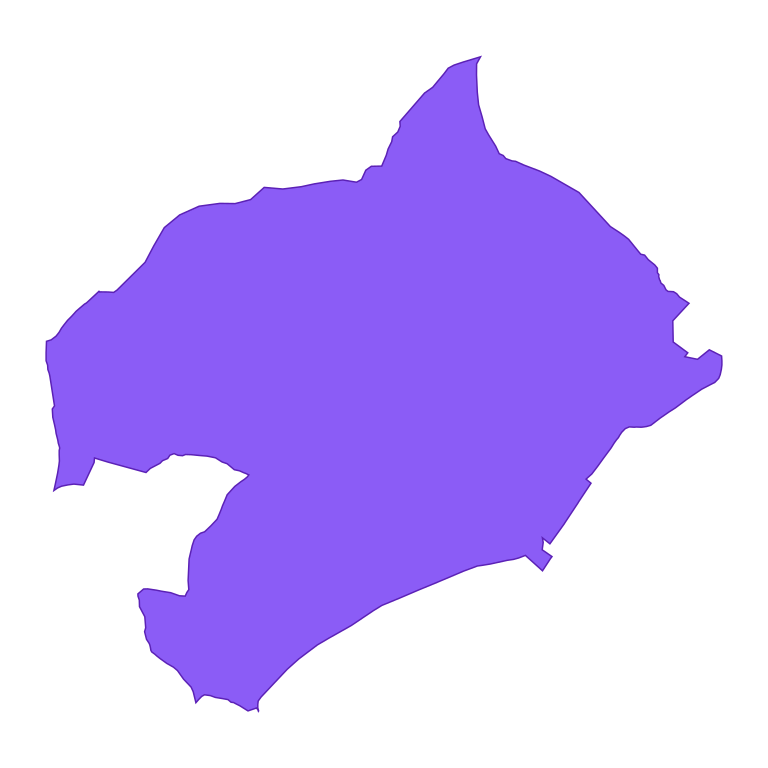 the district of San Martín Totoltepec, Puebla, Mexico
{"feature_id": "50627088B50447726374010", "entity_name": "San Martín Totoltepec", "entity_type": "district", "adm_level": 2, "iso_a3": "MEX", "parent_name": "Mexico", "parent_adm1": "Puebla", "projection": "mercator", "projection_center": [-98.357, 18.658], "detail": "fine", "context": "isolated", "style": "filled", "palette": "violet", "viewbox_px": 768, "rotation_deg": 0, "n_neighbors": 0, "source": "geoboundaries", "source_scale": "gbopen_adm2", "svg_char_len": 3688}
<svg xmlns="http://www.w3.org/2000/svg" viewBox="0 0 768 768"><path d="M258.6,710.9L257.8,707.9L257.8,704.3L258.2,701.0L261.1,697.0L273.8,683.5L287.3,669.2L298.7,659.0L317.4,644.9L329.3,637.9L351.3,625.5L373.3,610.7L381.9,605.4L400.3,597.8L419.5,589.6L437.7,582.1L463.4,571.2L477.4,566.0L481.8,565.4L490.4,564.0L507.3,560.3L513.5,559.4L518.6,558.0L525.4,555.4L542.5,570.8L550.4,558.7L552.0,556.6L551.6,556.3L542.2,549.8L543.2,542.4L542.4,537.8L549.9,543.8L550.2,543.4L564.2,523.9L564.5,523.4L564.8,522.9L578.1,502.8L578.3,502.5L578.4,502.2L591.0,483.2L586.5,479.5L586.1,479.1L588.3,477.1L591.8,474.0L597.6,466.4L603.5,458.2L605.8,455.1L611.0,448.1L614.2,443.0L616.5,439.8L618.4,437.6L619.6,435.4L621.7,432.3L625.3,428.6L629.3,426.9L634.3,427.2L636.4,427.0L641.2,427.2L643.3,427.0L646.6,426.5L650.8,425.3L660.0,418.2L669.1,411.9L675.4,407.9L686.3,399.7L692.2,395.6L696.4,392.8L701.5,389.3L709.1,385.3L714.8,382.4L718.7,378.4L720.2,374.7L721.4,369.2L721.9,364.9L721.9,360.9L721.6,356.0L709.3,349.8L697.5,359.3L684.8,356.7L687.8,352.8L673.2,342.0L672.8,320.8L689.0,303.3L679.5,297.1L676.7,293.7L673.5,291.7L670.4,291.5L668.0,291.4L666.0,289.8L665.1,288.0L663.8,285.4L660.9,283.0L660.2,280.7L659.6,279.8L658.7,276.6L658.9,274.7L657.4,272.7L657.4,268.2L654.8,265.0L648.2,259.6L644.6,255.1L640.7,254.2L637.1,249.8L628.6,239.3L624.4,236.0L620.2,233.0L610.3,226.5L579.0,192.5L551.0,176.4L539.5,171.0L523.5,164.9L515.6,161.3L512.0,160.9L505.8,158.6L503.2,155.5L499.2,153.7L495.7,146.2L488.7,135.0L485.2,128.8L482.1,116.8L478.6,104.8L477.3,92.3L476.5,75.0L476.6,63.9L480.5,56.8L463.3,62.0L454.0,65.1L448.2,68.2L443.8,74.0L437.5,81.5L432.7,87.3L424.6,93.0L399.9,121.5L400.2,126.3L397.8,132.0L392.6,136.8L391.7,141.7L388.1,149.0L386.3,155.2L381.7,166.1L371.3,166.3L365.8,170.2L361.6,179.5L356.5,182.2L343.0,180.0L330.4,181.3L314.2,183.9L301.3,186.7L282.8,189.0L264.2,187.4L250.6,199.6L235.1,203.6L219.8,203.4L199.1,206.2L179.7,214.9L164.3,227.6L153.7,246.0L145.1,262.3L117.0,290.1L113.7,292.4L108.0,292.0L100.4,291.9L99.9,292.1L99.0,291.3L86.4,303.0L84.5,304.1L80.0,307.9L76.0,311.4L73.8,313.9L71.6,316.3L67.6,320.3L64.1,324.7L61.4,328.3L59.1,332.3L56.1,336.1L51.1,339.9L46.5,341.3L46.1,352.5L46.1,360.8L47.6,365.1L47.9,369.6L49.2,373.2L49.9,376.4L54.5,405.9L52.3,409.0L52.8,417.3L54.5,424.6L55.6,429.7L56.1,433.4L57.8,440.1L58.3,443.2L59.4,446.7L59.7,448.1L59.2,450.5L59.2,454.6L59.4,461.1L58.9,465.3L57.6,473.2L55.2,484.7L53.9,490.5L57.7,487.9L61.6,486.2L67.9,484.9L73.9,484.1L83.5,485.1L94.1,462.5L94.5,458.0L108.0,462.1L146.0,472.5L150.3,468.4L160.0,463.3L162.5,460.7L167.7,458.5L169.9,455.2L174.1,453.6L178.0,455.3L182.6,455.7L185.5,454.5L191.5,454.7L199.6,455.5L207.0,456.1L215.5,457.8L222.1,462.0L227.1,463.7L234.3,469.7L239.5,470.8L243.7,472.7L245.9,473.5L246.9,474.0L248.8,474.9L247.3,476.9L244.3,479.4L241.0,481.6L234.8,486.4L227.2,494.7L224.3,501.7L222.5,505.8L221.3,509.2L219.3,514.1L217.1,519.2L210.9,525.8L204.6,531.8L200.5,533.2L196.7,536.2L194.1,539.9L192.2,545.7L191.4,549.3L190.4,553.4L189.1,559.0L188.1,580.6L188.8,589.6L186.9,592.4L185.2,596.1L179.5,595.8L170.7,592.7L165.1,591.8L161.4,591.2L156.5,590.2L147.8,588.9L143.6,589.0L137.9,593.9L138.0,596.2L139.3,600.1L139.5,606.7L144.8,616.7L145.7,627.8L144.6,631.7L146.5,639.3L149.3,643.6L149.9,645.3L150.4,647.5L150.9,650.4L151.8,652.0L154.7,654.1L157.3,656.4L160.8,659.1L166.8,663.4L173.5,667.2L177.5,670.6L180.9,675.4L183.6,679.2L191.1,687.1L193.2,691.7L195.9,702.7L198.7,699.5L201.7,696.4L204.5,694.8L210.4,695.6L215.3,697.4L222.6,698.6L228.0,699.6L231.0,702.2L232.3,702.4L233.5,702.5L235.7,703.7L239.7,705.7L248.0,710.9L256.5,708.0L257.9,709.8L258.4,711.2L258.6,710.9Z" fill="#8b5cf6" stroke="#5b21b6" stroke-width="1.5"/></svg>